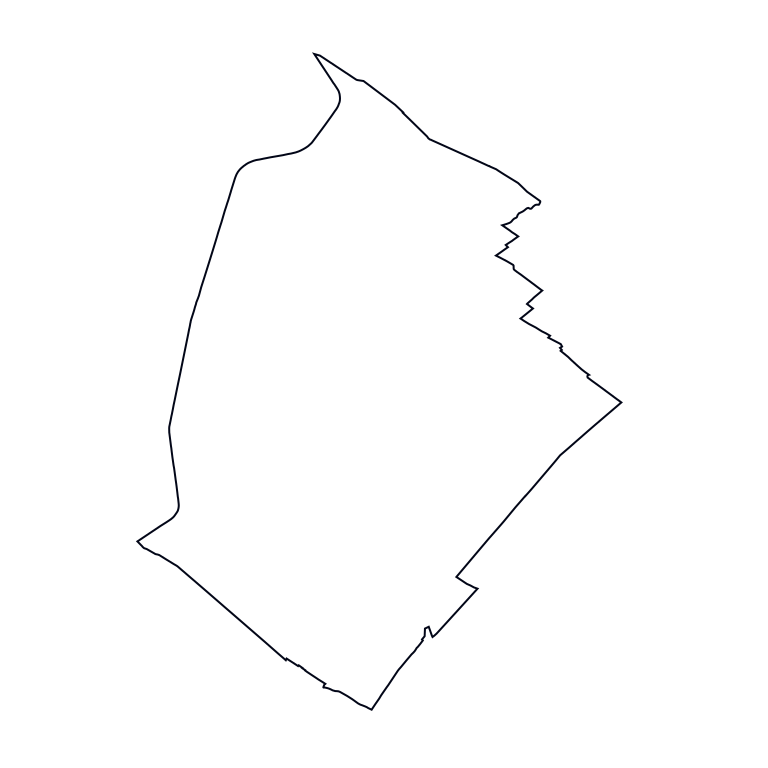 Lisse, Zuid-Holland, Netherlands, rotated 183°
{"feature_id": "6326949B71801070478852", "entity_name": "Lisse", "entity_type": "district", "adm_level": 2, "iso_a3": "NLD", "parent_name": "Netherlands", "parent_adm1": "Zuid-Holland", "projection": "equal_earth", "projection_center": [4.545, 52.254], "detail": "fine", "context": "isolated", "style": "outline", "palette": "ink", "viewbox_px": 768, "rotation_deg": 183, "n_neighbors": 0, "source": "geoboundaries", "source_scale": "gbopen_adm2", "svg_char_len": 6060}
<svg xmlns="http://www.w3.org/2000/svg" viewBox="0 0 768 768"><g transform="rotate(183 384 384)"><path d="M622.0,213.9L618.1,210.3L617.5,209.8L616.3,208.5L615.5,207.9L615.0,207.5L614.7,207.4L612.4,206.8L606.1,203.6L604.5,202.8L603.6,202.3L602.9,202.1L601.4,201.9L600.9,201.8L599.5,201.4L592.1,197.3L584.2,193.0L582.6,192.2L581.3,191.5L580.4,190.9L579.5,190.2L576.8,188.1L553.0,169.7L532.1,153.4L489.7,120.4L475.4,109.1L469.7,104.7L467.6,103.0L466.9,104.7L456.5,98.7L455.0,97.8L454.4,98.6L450.6,96.2L450.8,96.0L450.2,95.6L447.7,94.1L447.8,93.8L446.0,92.6L440.6,89.4L436.0,86.7L434.2,85.6L429.5,83.0L426.9,81.5L427.9,80.5L428.1,80.0L428.7,78.0L428.6,77.8L428.4,77.7L427.7,77.8L427.3,77.8L426.6,77.7L424.4,77.3L422.9,76.9L422.1,76.6L420.8,76.1L419.3,75.4L417.5,75.0L416.7,74.8L414.6,74.8L413.3,74.7L412.7,74.5L411.8,74.2L407.2,71.9L404.4,70.5L399.1,67.5L394.0,64.2L393.4,63.8L391.4,62.8L390.0,62.3L389.2,62.1L385.9,61.0L384.3,60.4L382.9,59.6L379.3,58.1L378.8,59.0L375.7,64.2L372.4,69.5L371.7,70.8L370.6,72.9L367.9,77.3L366.1,80.2L365.3,81.5L364.1,83.3L356.7,95.8L355.1,98.5L354.8,98.9L354.2,99.8L352.2,102.3L346.8,109.6L344.2,113.0L342.4,115.4L340.7,117.2L339.4,118.8L338.5,120.3L337.5,122.2L336.6,123.1L334.3,126.2L331.8,129.9L332.7,130.9L330.6,133.7L330.5,133.8L330.2,134.3L330.3,141.9L326.6,143.9L323.0,135.2L322.3,133.9L321.0,135.0L320.8,135.1L318.4,137.5L297.0,163.6L279.9,184.5L283.6,185.6L287.1,187.3L290.8,188.7L301.6,195.1L300.1,197.1L280.4,223.1L270.9,235.6L269.6,237.2L259.7,249.8L257.3,252.9L246.4,267.6L237.1,279.5L237.0,279.4L230.9,287.1L219.5,302.0L210.7,313.5L208.0,317.1L204.4,322.0L195.7,330.3L190.3,335.6L177.0,348.5L172.0,353.3L163.6,361.3L146.0,378.0L149.3,380.2L150.3,380.8L169.9,393.8L176.7,398.2L181.0,401.1L181.1,401.6L181.3,402.2L181.3,402.5L181.2,402.8L181.0,403.1L180.7,403.6L179.8,403.9L183.9,406.5L187.5,409.0L191.5,412.2L198.2,417.7L201.6,420.7L209.3,426.3L208.2,427.3L210.1,429.3L208.1,430.7L209.5,433.0L210.0,433.2L210.0,433.3L213.1,434.7L222.4,438.9L220.7,440.9L225.0,443.1L229.0,444.8L231.4,446.1L235.3,448.3L240.3,450.6L242.1,451.4L247.6,454.4L250.2,456.0L251.1,456.5L245.6,461.4L239.2,467.2L240.6,468.1L245.4,471.4L245.0,471.9L240.4,476.4L240.0,476.9L238.8,478.2L238.3,478.7L236.2,480.6L233.2,483.4L230.9,485.6L231.3,485.8L233.7,487.4L247.4,496.6L250.1,498.4L252.6,500.1L257.1,502.9L257.8,503.4L259.0,504.2L259.7,504.7L260.2,505.2L260.5,505.7L260.6,506.8L260.7,507.8L260.7,508.2L260.8,508.7L260.8,509.0L261.0,509.3L261.3,509.7L262.1,510.1L264.0,511.1L267.9,513.1L274.6,516.2L278.9,518.1L273.5,522.3L270.5,524.7L267.4,527.1L269.7,529.2L266.6,531.5L263.5,533.7L262.5,534.6L260.5,536.2L257.7,538.4L261.0,540.5L264.2,542.3L266.3,543.8L269.7,545.9L274.2,548.7L271.4,549.7L270.3,550.1L268.4,550.9L267.3,551.4L266.4,551.9L266.1,552.1L265.4,552.8L265.0,553.2L264.6,553.8L263.9,554.7L262.7,555.9L262.4,556.1L261.0,556.8L260.7,557.0L260.3,557.3L260.1,557.6L259.9,557.9L259.5,559.5L258.2,561.5L257.2,562.0L255.8,562.8L255.2,563.1L254.1,563.8L253.6,564.2L253.1,564.6L252.5,565.1L251.8,565.8L251.3,566.2L251.0,566.5L250.6,566.8L250.1,567.1L249.7,567.2L249.4,567.3L249.2,567.4L248.8,567.3L248.5,567.2L248.0,566.9L247.7,566.8L247.4,566.7L247.1,566.7L246.9,566.7L246.6,566.7L246.3,566.8L246.0,566.9L245.8,567.2L245.5,567.5L245.0,568.1L244.4,568.9L243.6,569.6L243.2,570.0L242.8,570.3L242.4,570.6L242.0,570.8L241.6,570.9L241.2,571.0L240.7,571.1L239.8,571.1L239.3,571.1L238.8,571.1L238.5,571.5L238.3,571.8L238.1,572.4L237.7,573.2L237.6,573.4L237.6,573.6L237.5,574.1L237.5,574.3L237.5,574.5L237.6,574.8L251.2,583.5L257.8,589.3L260.6,591.7L274.7,599.4L277.9,601.2L281.2,603.1L283.2,604.3L289.3,606.6L289.9,607.0L290.0,606.9L291.7,607.5L295.4,609.0L298.2,610.1L300.9,611.2L311.2,615.2L343.8,627.9L348.2,629.6L348.7,629.8L350.1,630.4L350.8,630.5L351.3,630.8L352.6,631.7L353.9,633.4L361.4,640.0L368.2,646.0L379.4,655.8L379.0,656.2L387.5,663.4L400.7,672.3L420.3,685.5L426.3,686.1L427.2,686.3L427.7,686.5L448.2,698.6L465.2,708.6L470.9,709.9L465.6,702.7L454.6,687.8L452.6,685.1L450.4,682.0L449.2,680.6L446.5,676.9L445.8,675.9L445.3,675.2L445.0,674.7L444.6,674.0L444.3,673.3L444.0,672.4L443.7,671.7L443.4,670.5L443.1,668.7L442.9,667.0L442.9,665.5L442.9,664.8L443.0,664.0L443.2,662.9L443.8,661.1L444.2,659.7L445.0,657.8L445.4,657.1L446.1,655.8L447.5,653.7L450.0,649.6L456.6,639.3L458.0,637.2L459.5,634.9L462.4,630.6L463.9,628.3L468.4,621.6L469.1,620.7L470.9,618.9L472.2,617.6L473.1,616.9L474.7,615.7L476.7,614.4L479.4,612.8L481.6,611.7L482.9,611.2L484.1,610.7L488.8,609.3L491.9,608.6L497.0,607.2L509.4,604.4L511.4,603.9L513.3,603.4L515.8,602.8L518.4,602.1L519.9,601.7L523.2,601.0L525.0,600.4L525.9,600.1L527.9,599.2L529.4,598.5L531.0,597.7L533.1,596.3L533.9,595.6L535.6,594.3L536.5,593.4L537.2,592.8L537.9,592.1L539.1,590.8L539.6,590.1L540.6,588.7L541.0,588.1L541.8,586.5L542.3,585.5L542.5,584.9L542.7,584.3L543.2,582.9L543.7,581.2L546.7,569.5L547.2,567.3L547.8,564.9L548.5,562.0L549.2,559.2L550.0,556.4L551.0,552.5L552.1,548.5L553.9,540.8L554.9,536.6L555.5,534.4L557.5,526.7L558.5,522.4L559.8,517.1L561.9,508.7L565.0,496.5L568.8,481.7L571.6,471.1L573.5,462.3L574.0,460.8L574.2,460.0L574.8,458.3L575.3,456.8L575.7,455.7L575.9,454.4L576.0,453.8L576.4,452.4L576.8,450.9L577.1,449.5L577.2,448.9L577.4,448.1L577.6,447.2L578.2,444.9L579.6,439.6L579.9,438.5L580.3,436.6L580.4,435.5L580.6,434.5L580.9,431.9L581.2,429.9L581.5,428.3L582.0,424.6L582.2,423.2L582.4,421.9L582.6,420.5L582.8,419.2L586.6,393.7L588.1,383.7L589.5,374.7L590.1,370.8L592.2,356.8L592.9,352.5L593.5,348.0L594.3,342.5L594.6,340.9L595.2,336.5L595.9,331.9L596.1,330.7L596.2,329.8L596.2,328.9L596.2,328.5L596.1,327.0L595.9,324.3L595.6,322.7L593.5,311.0L593.0,308.6L592.6,306.2L591.5,300.0L590.5,294.9L589.9,291.8L589.2,288.9L588.4,284.7L587.5,279.9L587.1,277.7L586.8,276.2L586.3,273.7L585.8,271.0L584.6,264.2L584.5,263.5L584.0,260.6L583.6,258.8L583.4,257.5L582.8,253.8L582.6,252.2L582.6,250.5L582.8,248.7L583.2,246.9L583.6,245.9L584.7,244.0L586.6,241.0L587.6,239.8L589.5,238.0L591.7,236.3L594.3,234.4L600.1,230.3L612.9,220.7L622.0,213.9Z" fill="none" stroke="#020617" stroke-width="2"/></g></svg>